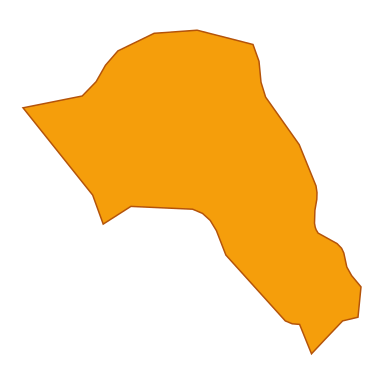 Camden, Albers equal-area conic projection
{"feature_id": "GBR-2064", "entity_name": "Camden", "entity_type": "London Borough", "adm_level": 1, "iso_a3": "GBR", "parent_name": "United Kingdom", "parent_adm1": "", "projection": "albers", "projection_center": [-0.131, 51.535], "detail": "fine", "context": "isolated", "style": "filled", "palette": "amber", "viewbox_px": 384, "rotation_deg": 0, "n_neighbors": 0, "source": "natural_earth", "source_scale": "10m", "svg_char_len": 621}
<svg xmlns="http://www.w3.org/2000/svg" viewBox="0 0 384 384"><path d="M253.0,44.5L259.0,61.3L261.0,82.2L265.6,97.1L299.2,144.6L316.0,185.9L317.0,192.6L316.8,199.4L314.9,210.3L314.5,223.2L315.2,227.1L316.1,229.7L318.1,233.1L337.2,243.7L341.6,248.3L343.8,253.0L346.8,267.0L351.6,275.6L361.0,286.9L358.0,317.2L342.6,320.9L324.9,339.5L311.5,353.8L299.6,324.4L292.2,323.8L285.3,320.9L225.9,255.1L216.4,230.6L210.2,220.4L202.5,213.4L192.6,209.2L130.9,206.4L103.2,224.1L92.7,195.1L23.0,107.8L82.2,96.0L96.1,81.7L105.5,65.2L117.9,50.9L154.1,33.3L197.1,30.2L253.0,44.5Z" fill="#f59e0b" stroke="#b45309" stroke-width="1.5"/></svg>